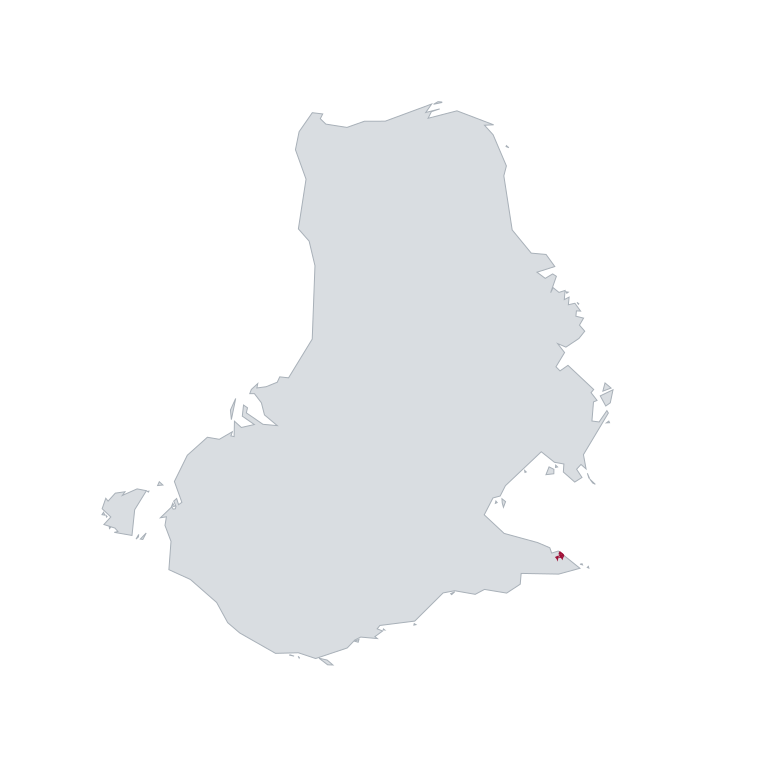 Mapoon, Queensland, Australia shown in context, rotated 104°
{"feature_id": "25037944B16136262303417", "entity_name": "Mapoon", "entity_type": "district", "adm_level": 2, "iso_a3": "AUS", "parent_name": "Australia", "parent_adm1": "Queensland", "projection": "albers", "projection_center": [141.958, -12.172], "detail": "fine", "context": "in_parent", "style": "filled", "palette": "rose", "viewbox_px": 768, "rotation_deg": 104, "n_neighbors": 0, "source": "geoboundaries", "source_scale": "gbopen_adm2", "svg_char_len": 5282}
<svg xmlns="http://www.w3.org/2000/svg" viewBox="0 0 768 768"><g transform="rotate(104 384 384)"><path d="M526.2,168.5L534.6,205.1L545.3,203.4L557.2,214.4L559.0,236.8L566.0,244.6L567.5,265.4L572.4,276.1L606.6,296.8L619.3,329.6L623.2,331.4L624.0,325.6L631.3,331.7L632.6,328.9L635.2,345.4L639.5,350.4L649.0,355.8L666.9,383.9L665.5,402.1L671.6,424.1L660.5,463.7L653.4,477.9L636.5,493.5L620.5,524.6L616.2,547.8L588.2,552.6L574.2,562.3L565.5,563.0L567.9,568.6L554.5,560.2L556.4,558.3L555.6,556.3L553.1,556.2L548.5,559.7L545.3,557.5L550.8,554.1L547.7,551.5L529.3,563.8L500.7,557.6L478.4,542.5L477.5,530.4L467.0,519.6L471.4,520.0L471.3,516.7L456.3,520.1L460.7,511.9L454.7,500.0L449.5,513.7L438.4,515.2L440.1,510.7L445.3,510.6L452.4,491.7L450.2,477.5L442.9,492.5L431.9,498.4L424.7,507.4L425.8,511.9L421.4,511.4L414.1,506.6L418.6,506.4L415.2,497.8L408.1,488.0L402.3,486.9L401.1,478.1L357.8,464.5L285.9,479.6L263.5,491.2L254.2,504.6L204.1,509.2L178.1,526.6L159.7,527.4L138.1,519.2L136.8,508.8L142.0,510.0L145.9,503.3L144.0,482.0L133.8,466.6L128.7,446.4L100.8,405.5L110.5,409.2L103.6,396.5L108.3,403.9L115.5,405.5L101.3,379.3L106.0,340.3L108.6,349.1L115.8,338.4L142.8,318.0L153.0,318.1L203.5,296.9L221.4,272.8L219.1,258.1L228.7,246.7L238.5,262.6L242.5,253.1L236.4,247.0L237.8,242.8L255.1,244.4L249.6,243.2L252.8,236.4L249.4,230.9L258.5,229.5L254.9,225.4L262.5,224.3L259.5,218.3L265.7,210.9L266.5,215.0L271.8,214.2L271.8,206.3L279.6,208.6L284.2,202.0L292.7,205.9L304.2,216.4L302.8,225.3L309.8,216.4L325.7,221.3L328.7,216.4L321.4,210.0L338.6,179.2L342.3,181.0L348.4,173.3L350.7,176.4L369.6,173.3L368.8,166.1L355.9,161.3L357.9,159.3L404.3,173.4L417.5,167.4L414.4,173.4L420.1,176.5L426.8,169.3L433.0,175.2L426.0,188.7L418.1,190.1L418.7,199.7L411.7,215.0L453.3,241.6L464.6,244.2L468.2,250.7L486.7,255.1L499.9,231.3L500.7,196.6L502.8,183.5L507.5,180.4L503.9,174.5L515.4,149.3L526.2,168.5ZM545.0,588.7L566.3,595.5L591.9,591.9L593.2,609.8L591.5,606.5L588.9,610.2L588.1,621.8L579.1,616.9L573.2,627.3L562.2,626.3L564.4,623.4L554.9,618.3L551.2,609.2L555.4,610.9L545.5,598.2L545.0,588.7ZM334.2,160.4L347.5,159.9L351.7,163.5L343.2,171.3L334.2,160.4ZM433.9,524.4L455.5,523.5L446.4,526.7L433.9,524.4ZM430.0,197.5L432.8,204.9L424.5,203.8L425.7,198.5L430.0,197.5ZM665.8,380.7L665.6,372.4L669.0,365.6L670.1,370.7L665.8,380.7ZM586.1,578.7L593.2,580.4L593.4,582.9L586.1,578.7ZM333.0,162.7L338.0,169.9L329.5,169.8L333.0,162.7ZM537.3,579.1L533.2,578.4L535.5,574.1L537.3,579.1ZM474.7,238.3L470.8,240.5L466.8,241.8L468.7,237.6L474.7,238.3ZM100.6,403.6L97.0,399.9L96.4,396.2L96.9,396.0L100.6,403.6ZM591.8,585.3L594.5,587.1L589.3,585.6L591.8,585.3ZM637.9,346.5L640.8,346.6L640.7,350.3L637.9,346.5ZM568.5,265.1L572.0,267.4L571.3,268.6L568.5,265.1ZM578.8,623.2L579.0,626.0L576.3,625.1L578.8,623.2ZM669.8,405.4L669.9,409.9L669.5,409.8L669.8,405.4ZM367.9,158.8L365.6,156.9L367.0,155.8L367.9,158.8ZM429.6,157.5L426.5,161.3L430.2,154.7L429.6,157.5ZM670.5,400.0L669.0,401.4L670.0,399.9L670.5,400.0ZM435.7,225.8L433.9,226.6L434.9,224.7L435.7,225.8ZM423.5,197.4L421.2,197.8L422.5,195.5L423.5,197.4ZM124.5,320.0L124.1,323.0L123.1,322.9L124.5,320.0ZM511.5,147.6L511.4,150.2L510.5,148.3L511.5,147.6ZM553.1,557.3L553.7,558.7L552.9,558.2L553.1,557.3ZM425.7,162.4L421.4,165.1L425.8,161.8L425.7,162.4ZM259.6,214.6L258.1,216.5L259.0,214.4L259.6,214.6ZM580.3,621.1L578.9,621.7L579.7,620.6L580.3,621.1ZM472.9,247.1L470.5,247.1L471.7,245.5L472.9,247.1ZM251.7,228.6L250.5,229.7L250.3,227.4L251.7,228.6ZM590.7,615.4L588.8,616.1L589.4,614.6L590.7,615.4ZM513.1,140.7L512.8,142.4L511.5,141.6L513.1,140.7ZM552.0,559.1L553.9,560.5L550.8,560.1L552.0,559.1ZM610.7,296.7L609.2,296.7L609.8,294.8L610.7,296.7ZM622.7,325.3L621.8,325.3L622.5,323.8L622.7,325.3ZM545.9,586.5L545.4,587.6L544.9,586.2L545.9,586.5Z" fill="#d9dde1" stroke="#a8b0b8" stroke-width="1"/><path d="M507.3,171.6L507.5,171.6L507.6,171.4L507.6,171.2L507.4,171.0L507.4,170.9L507.4,170.7L507.3,170.4L507.3,170.2L507.3,169.9L507.3,169.7L507.2,169.5L507.2,169.4L507.0,169.2L506.9,169.1L506.9,168.9L506.9,168.7L507.0,168.6L507.2,168.4L506.9,168.4L506.7,168.5L506.4,168.8L506.3,169.0L506.2,169.1L506.1,169.3L506.0,169.5L505.9,169.6L505.7,169.8L505.7,170.0L505.5,170.4L505.4,170.6L505.3,170.8L505.3,171.0L505.2,171.1L505.1,171.3L505.0,171.5L504.9,171.8L504.8,172.0L504.7,172.3L504.6,172.5L504.8,172.5L505.0,172.6L505.3,172.5L505.5,172.7L505.6,172.8L505.8,172.8L506.3,172.8L506.3,172.1L506.6,172.0L507.2,171.7L507.3,171.6L507.3,171.6ZM508.5,170.0L508.4,170.0L508.3,169.9L508.3,170.0L508.3,169.9L508.2,169.9L507.9,169.8L507.8,170.0L507.7,170.1L507.5,170.3L507.5,170.5L507.5,170.8L507.6,171.0L507.8,171.3L507.7,171.5L507.4,171.7L508.0,171.9L508.1,171.4L507.8,170.4L508.1,170.1L508.4,170.0L508.6,171.1L508.6,170.5L508.9,170.3L509.3,170.8L509.2,170.1L509.6,169.7L509.5,169.2L509.9,169.1L510.1,168.9L509.8,168.9L509.7,168.9L509.4,168.8L509.2,168.9L509.2,169.0L509.2,169.3L509.1,169.5L509.1,169.8L509.0,170.0L508.9,170.1L508.9,170.3L508.9,170.2L508.7,170.2L508.7,170.3L508.6,170.2L508.5,170.0ZM509.7,173.4L509.8,173.5L510.0,173.5L510.2,173.8L510.3,173.9L510.2,173.9L510.2,174.0L510.3,174.1L510.2,174.2L510.2,174.3L510.2,174.5L510.3,174.5L510.2,174.5L510.3,174.6L510.4,174.8L510.4,175.0L510.5,175.1L511.6,173.6L511.9,173.4L509.7,173.4Z" fill="#f43f5e" stroke="#9f1239" stroke-width="1.5"/></g></svg>